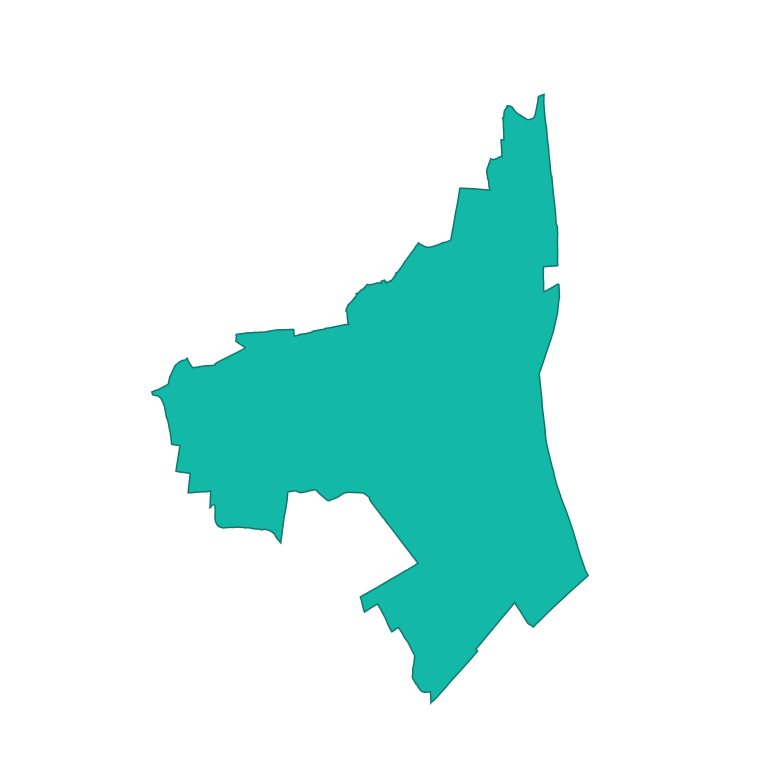 Helesteni, Iasi, Romania, rotated 98°
{"feature_id": "2599482B91920922475689", "entity_name": "Helesteni", "entity_type": "district", "adm_level": 2, "iso_a3": "ROU", "parent_name": "Romania", "parent_adm1": "Iasi", "projection": "robinson", "projection_center": [26.863, 47.189], "detail": "fine", "context": "isolated", "style": "filled", "palette": "teal", "viewbox_px": 768, "rotation_deg": 98, "n_neighbors": 0, "source": "geoboundaries", "source_scale": "gbopen_adm2", "svg_char_len": 6148}
<svg xmlns="http://www.w3.org/2000/svg" viewBox="0 0 768 768"><g transform="rotate(98 384 384)"><path d="M473.3,585.8L473.5,580.9L473.3,579.3L473.5,577.5L499.3,577.9L499.5,575.5L499.6,573.9L499.4,569.6L499.6,563.4L511.2,563.1L519.1,562.8L517.7,556.3L517.1,554.2L516.8,552.4L516.3,550.3L515.6,545.8L515.1,543.6L514.2,540.8L514.7,540.7L529.8,539.2L530.7,539.4L530.5,538.8L530.2,538.5L529.8,538.2L528.2,537.7L527.7,537.0L527.2,536.2L527.2,535.5L527.7,534.7L528.4,534.4L533.0,533.5L540.1,532.8L543.4,531.8L545.3,530.7L547.4,528.9L548.1,527.9L548.7,525.2L548.9,523.4L548.8,522.3L548.2,520.8L547.9,518.6L547.3,516.4L547.2,514.2L546.7,511.5L545.9,508.0L546.0,506.2L545.6,504.7L545.6,503.7L545.9,501.5L545.3,499.3L545.2,498.7L545.3,495.8L545.5,493.8L545.5,490.6L545.1,488.8L545.1,487.1L545.2,486.0L545.5,485.4L545.5,484.8L544.8,483.0L544.5,482.0L544.7,478.4L545.3,476.4L545.7,475.3L547.7,471.5L549.4,470.5L550.3,469.7L551.6,468.7L553.9,466.0L555.7,464.1L531.9,464.4L518.4,463.8L512.7,463.8L507.3,464.1L504.2,464.2L502.0,456.6L502.8,454.1L503.3,451.8L502.2,448.1L499.7,441.8L498.1,436.8L499.2,435.7L501.2,433.1L506.0,425.8L507.1,423.7L507.3,422.0L505.9,420.1L504.7,417.7L503.7,416.3L503.4,415.5L502.2,413.6L497.9,408.9L497.2,407.5L496.0,403.2L496.0,401.9L494.9,391.1L494.9,389.3L495.3,388.2L496.5,385.8L497.0,385.1L497.8,383.2L499.9,382.3L501.7,381.2L503.8,379.1L515.9,367.0L517.4,365.2L521.8,361.1L523.7,358.8L549.9,332.4L556.7,325.4L561.4,330.8L564.7,334.9L566.5,337.4L572.9,345.4L576.0,349.5L586.4,362.5L598.1,377.8L601.6,376.2L611.4,372.3L612.4,371.7L612.5,371.5L612.0,370.8L610.7,369.7L610.3,369.2L610.3,368.9L607.1,365.3L602.7,359.7L606.3,357.2L606.4,356.8L611.9,352.9L615.0,350.5L620.9,347.0L626.1,343.6L628.3,341.8L627.8,340.9L623.1,336.2L624.5,334.6L626.8,332.6L628.2,331.2L629.6,330.4L632.8,328.0L633.7,327.0L636.7,324.1L644.7,318.7L647.4,316.6L649.4,315.6L651.5,315.8L652.5,315.5L653.9,315.7L655.2,315.5L657.5,315.5L659.3,315.8L661.2,315.7L662.5,315.8L663.9,315.5L666.3,315.3L670.3,315.2L671.0,314.7L672.1,314.2L673.2,313.1L676.6,310.7L676.7,309.5L677.6,309.3L680.0,307.5L682.1,305.4L683.3,303.5L683.6,300.9L683.3,299.3L682.3,295.4L686.3,294.3L692.1,293.2L693.1,293.2L692.3,292.7L691.4,291.6L688.2,289.0L677.2,281.6L668.4,276.0L646.7,261.3L635.5,254.2L633.5,255.9L613.4,243.4L609.4,241.0L582.3,224.1L585.0,222.1L588.9,218.4L597.3,211.4L601.1,208.1L601.7,207.1L602.3,205.3L602.8,204.1L603.4,203.1L603.9,202.5L583.5,186.8L562.7,169.9L545.3,155.2L540.6,158.5L526.0,166.0L518.4,169.6L517.3,169.9L502.8,176.5L486.8,184.6L482.7,186.8L478.0,189.6L472.4,192.6L468.8,194.3L460.8,198.4L454.2,201.3L446.5,204.2L441.4,206.5L427.8,211.9L420.9,214.5L417.4,215.7L409.3,217.7L409.2,217.5L385.2,223.9L375.8,225.9L355.7,230.9L352.7,231.6L351.7,231.6L350.0,231.4L346.8,230.6L314.5,224.6L311.5,224.2L309.3,223.7L289.9,222.1L276.5,222.5L273.8,222.3L261.3,224.6L261.0,225.0L261.1,226.4L263.9,229.5L267.7,234.5L268.8,235.9L270.3,238.6L266.7,239.3L262.3,239.9L255.5,241.2L245.7,242.4L242.7,228.5L241.1,228.6L238.4,229.2L229.9,230.3L218.1,232.2L211.2,232.9L204.2,234.2L203.0,234.8L201.3,235.9L192.2,237.6L182.8,239.9L171.4,242.9L154.5,246.9L153.7,247.7L136.4,251.8L135.7,252.2L127.3,253.9L118.3,256.4L107.5,258.8L100.6,261.0L86.6,264.2L82.6,265.0L74.9,265.8L76.0,267.9L77.7,270.8L79.0,271.3L82.1,270.9L92.2,271.5L96.9,271.9L98.7,272.4L99.5,272.7L100.3,273.5L101.4,275.9L102.2,277.6L102.1,279.3L97.1,290.3L94.8,293.1L93.2,294.6L92.0,295.6L91.3,297.2L91.2,300.7L91.8,301.0L93.4,300.8L94.0,301.5L96.5,302.7L98.1,302.9L102.2,302.6L103.2,302.3L104.0,303.6L105.4,302.9L109.2,302.0L111.8,301.7L117.8,300.5L125.6,299.2L125.8,301.9L125.9,302.1L133.0,300.6L142.3,298.8L142.2,299.1L142.6,300.4L144.7,303.2L145.9,305.3L146.4,306.5L146.6,307.5L146.6,308.2L146.5,308.9L146.1,309.6L151.1,310.7L157.6,312.0L158.8,312.0L161.4,311.3L166.6,309.7L168.2,308.8L169.7,308.3L171.8,307.9L173.8,307.5L177.3,306.2L178.1,321.5L179.5,336.1L191.9,336.3L200.9,336.7L202.3,336.9L213.9,337.2L230.0,337.8L232.1,338.1L233.0,339.0L234.9,342.4L235.5,344.2L235.7,345.1L236.2,346.1L237.0,347.0L238.9,350.4L241.2,355.0L242.3,358.0L242.5,358.8L242.6,360.8L242.1,363.0L240.6,367.4L239.5,369.7L242.1,370.7L242.8,371.5L246.6,372.9L247.2,373.6L248.5,373.9L248.9,374.5L250.2,375.3L252.5,376.3L255.5,378.0L258.8,379.6L259.7,380.3L265.1,382.7L267.7,384.1L272.3,386.7L272.2,387.3L272.4,387.7L273.1,387.5L273.7,387.5L274.5,387.9L274.8,388.3L275.7,388.1L277.5,389.5L278.2,389.7L278.7,389.6L280.4,391.0L280.9,391.1L281.2,391.5L280.7,391.9L281.9,393.1L283.4,395.3L282.5,395.8L283.0,396.7L281.1,397.7L281.5,398.9L282.8,401.2L284.6,400.6L284.5,402.2L284.8,404.5L287.6,410.9L287.9,414.8L289.3,415.3L290.3,415.9L290.3,416.2L291.0,416.3L291.2,416.9L292.1,416.9L293.3,418.6L294.4,420.0L297.2,422.0L298.5,424.2L299.1,423.8L299.1,423.5L299.5,423.4L299.8,423.7L300.6,423.6L301.1,424.0L301.6,423.9L301.8,424.4L302.1,424.5L302.2,424.9L302.9,425.1L303.8,426.0L305.6,426.5L307.2,428.0L308.8,429.0L310.5,430.4L312.6,431.1L315.1,431.7L317.2,431.8L317.8,431.1L318.6,430.5L319.6,430.2L321.1,430.0L327.4,428.6L329.4,427.4L329.7,427.1L329.8,427.9L330.2,429.3L332.6,436.4L336.5,447.2L336.9,449.6L337.4,450.0L337.7,450.1L340.6,458.6L341.0,460.6L342.7,462.9L343.7,464.9L344.3,466.9L345.4,469.0L345.4,470.0L346.2,472.9L346.5,473.8L347.0,474.1L347.1,474.6L346.9,474.8L347.3,475.4L347.7,475.8L349.1,479.5L344.7,480.6L342.6,481.0L342.7,482.2L344.5,492.2L345.3,497.3L347.2,503.7L349.4,510.1L349.9,513.7L350.8,517.6L350.7,518.5L352.0,523.3L352.0,524.1L352.5,527.0L353.1,528.7L355.4,537.2L356.8,537.1L357.0,536.8L362.4,536.6L367.2,526.6L367.8,526.8L369.1,528.2L372.9,533.5L374.0,535.1L381.0,545.3L385.8,552.0L386.7,553.1L387.8,554.1L389.0,554.1L390.9,563.3L391.5,565.8L394.5,575.2L393.6,576.7L390.1,579.9L385.9,582.5L387.8,584.0L389.0,587.6L390.8,589.7L394.7,593.4L397.2,594.1L398.5,594.6L400.5,595.2L403.1,595.8L406.5,597.1L414.0,597.6L415.8,599.5L417.1,601.6L420.6,606.2L421.7,608.0L421.8,608.6L422.1,609.3L424.2,612.8L426.8,611.6L427.1,609.9L427.2,606.4L429.0,603.2L430.5,602.0L436.4,598.4L447.5,594.7L449.3,593.5L452.7,592.1L459.7,589.8L461.5,589.0L468.8,587.0L472.6,586.1L473.3,585.8Z" fill="#14b8a6" stroke="#0f766e" stroke-width="1.5"/></g></svg>